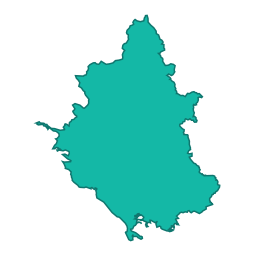 Ipeiroy, Ipeiros, Greece (Robinson projection)
{"feature_id": "26713481B784345685192", "entity_name": "Ipeiroy", "entity_type": "district", "adm_level": 2, "iso_a3": "GRC", "parent_name": "Greece", "parent_adm1": "Ipeiros", "projection": "robinson", "projection_center": [20.637, 39.661], "detail": "fine", "context": "isolated", "style": "filled", "palette": "teal", "viewbox_px": 256, "rotation_deg": 0, "n_neighbors": 0, "source": "geoboundaries", "source_scale": "gbopen_adm2", "svg_char_len": 5861}
<svg xmlns="http://www.w3.org/2000/svg" viewBox="0 0 256 256"><path d="M135.1,19.5L133.8,20.7L132.9,22.4L133.7,24.1L132.5,25.1L130.2,25.8L129.4,28.0L127.1,30.3L126.5,32.7L127.0,33.9L128.3,34.7L128.2,37.9L128.6,39.2L126.3,43.1L124.3,43.7L122.9,45.2L122.3,48.3L124.7,50.5L123.4,52.2L122.4,54.7L122.8,57.4L122.5,59.1L119.1,60.1L115.4,60.6L113.0,62.9L109.3,63.9L106.1,64.3L101.2,61.3L99.3,63.9L98.4,64.3L96.4,63.9L95.1,62.7L93.2,62.9L90.0,64.6L88.1,66.6L88.5,68.4L87.9,70.4L86.6,71.8L86.8,73.1L86.1,74.9L84.3,75.3L83.5,76.1L75.5,75.7L76.4,78.2L78.4,80.3L79.8,82.7L78.8,86.3L81.5,88.0L83.2,90.6L84.9,91.9L84.7,93.0L85.5,95.0L89.0,99.3L88.6,100.3L88.7,103.3L87.7,105.1L84.4,108.2L83.4,108.1L80.0,105.2L75.0,103.6L72.6,105.1L74.9,108.8L74.3,109.9L72.9,111.1L72.9,111.7L74.8,114.7L76.7,116.0L76.7,117.1L75.4,117.6L73.9,119.4L71.8,119.8L71.1,121.4L69.5,122.4L69.0,126.0L66.8,124.3L65.2,123.9L64.8,124.4L65.0,125.1L63.3,127.2L64.6,129.2L64.5,129.7L60.2,130.3L54.5,128.6L51.3,128.4L47.7,125.7L46.8,124.4L45.6,124.6L43.9,123.3L40.2,123.0L39.2,121.8L36.3,123.0L37.7,123.2L37.8,124.1L37.5,123.4L37.1,123.5L37.1,124.3L38.5,124.9L43.0,124.3L43.6,125.8L45.9,126.3L48.3,127.6L47.9,128.4L47.8,127.5L46.5,127.4L48.0,129.2L48.9,127.9L49.8,128.0L53.3,130.9L56.1,131.3L58.6,133.3L59.0,133.9L59.1,136.2L57.0,138.6L55.7,138.9L57.4,140.7L56.3,143.7L54.6,145.3L52.7,148.8L54.7,148.7L55.5,148.3L54.2,148.5L56.8,147.4L58.1,148.5L58.1,147.9L58.4,148.0L58.5,148.6L60.2,149.1L61.1,150.0L56.9,150.0L57.4,151.0L59.1,150.1L63.1,150.8L65.4,150.0L69.0,151.5L69.3,153.3L68.3,155.8L64.9,154.1L62.5,154.5L67.5,158.8L70.9,160.6L70.6,161.7L64.2,162.1L62.6,161.6L64.0,163.7L65.5,167.3L65.3,168.4L68.7,169.5L71.1,171.9L70.7,174.5L71.6,175.9L71.4,176.9L72.3,179.0L72.2,180.3L74.0,182.3L78.0,185.4L78.8,186.8L80.0,187.3L84.3,187.6L86.0,187.0L91.0,188.8L91.0,187.9L91.9,187.5L93.7,189.0L94.9,189.5L95.2,188.0L96.7,188.5L96.8,189.1L95.9,190.7L96.5,193.1L96.2,194.3L96.9,197.9L103.8,202.1L112.1,212.5L117.2,216.8L118.7,217.0L120.0,217.8L125.4,223.3L127.0,226.1L127.5,228.4L127.1,231.4L126.7,231.9L125.8,232.0L125.5,232.5L128.8,239.6L130.7,240.6L132.9,239.8L132.7,238.1L133.0,236.8L132.3,236.1L133.1,234.5L133.0,235.8L132.5,236.1L133.1,236.5L136.8,236.4L137.9,237.6L141.0,239.2L142.4,238.4L142.2,236.9L141.2,236.3L139.7,236.2L138.8,235.1L135.6,232.7L131.4,231.0L130.7,229.8L130.6,229.2L132.6,228.9L133.9,226.1L135.4,225.3L137.3,222.7L139.4,222.3L140.8,222.8L141.5,223.8L140.8,222.6L139.6,222.2L138.5,222.0L136.5,222.6L136.9,220.2L138.6,219.5L134.8,218.9L137.2,217.6L137.1,216.8L136.3,216.4L134.9,216.7L134.9,215.6L135.8,215.4L136.5,216.4L137.6,216.9L138.4,216.3L138.3,215.3L137.9,214.8L137.4,215.5L137.1,215.6L136.5,215.0L137.2,215.5L137.8,214.7L139.0,215.7L140.2,215.4L138.2,214.6L137.4,214.7L137.1,214.3L137.7,213.8L139.0,213.6L139.5,214.6L141.2,214.8L143.5,216.8L143.8,217.4L142.8,219.0L141.7,219.7L140.1,219.7L140.1,220.1L141.5,220.4L143.1,220.1L143.9,221.0L146.6,222.0L145.6,224.8L146.2,225.2L146.0,225.9L146.5,226.9L148.0,226.5L146.8,225.2L147.3,222.9L149.0,222.3L150.5,222.9L149.9,220.3L150.9,220.3L155.2,222.7L157.5,221.3L156.4,222.3L156.0,224.2L156.9,227.2L159.7,226.1L160.8,226.9L160.9,228.1L162.1,229.1L167.2,231.0L168.0,230.8L169.6,231.6L171.3,231.2L171.7,231.0L168.9,229.4L169.6,229.2L171.0,230.3L172.9,230.5L173.2,230.0L170.3,228.9L169.9,228.3L171.7,227.5L172.2,226.9L171.7,226.3L171.4,226.6L171.4,225.9L173.2,225.8L174.0,228.2L174.3,227.1L173.8,224.8L174.7,223.6L177.4,223.8L178.2,224.6L176.4,224.3L176.0,224.4L178.4,224.7L178.1,223.6L176.7,222.2L177.0,221.7L175.6,219.3L176.0,218.8L178.4,218.4L176.5,216.1L179.5,213.5L179.6,213.0L181.3,212.2L183.1,212.7L185.1,211.8L187.3,212.2L188.1,210.8L189.1,210.6L190.5,212.4L191.4,212.7L193.0,211.4L194.6,211.2L199.4,213.5L201.9,212.0L202.7,211.0L206.2,209.0L206.1,206.7L212.6,204.4L212.3,203.6L211.5,203.6L211.3,202.6L210.0,202.0L210.3,201.3L209.6,200.4L209.7,198.3L211.5,196.5L211.8,195.0L213.2,194.4L213.7,193.3L215.1,193.2L215.6,191.9L217.5,190.7L219.5,187.2L219.7,185.3L217.9,184.8L217.5,184.0L217.9,181.9L217.2,180.3L216.0,180.1L216.3,179.4L215.4,178.5L215.7,177.6L214.9,177.2L214.6,176.1L212.9,175.5L206.7,175.7L205.2,175.2L205.0,175.8L203.8,175.6L203.4,174.9L202.2,174.6L202.2,173.9L201.6,174.0L199.4,172.5L199.2,171.8L200.1,169.7L199.6,169.4L199.3,167.5L198.7,167.1L198.8,166.3L196.8,165.3L195.6,163.8L193.7,163.1L190.3,159.0L189.3,157.1L192.0,156.2L192.0,153.3L189.6,153.9L187.6,153.2L188.8,150.6L190.5,149.6L190.1,148.9L190.5,148.1L189.3,144.4L189.4,141.1L187.9,136.9L188.1,135.9L187.6,134.8L183.9,134.5L183.9,133.4L183.4,132.4L184.1,131.2L184.1,129.6L182.7,129.0L179.9,126.3L179.7,124.8L180.1,124.1L182.4,123.5L182.9,121.9L184.7,121.5L185.1,119.3L185.7,118.8L187.8,119.8L188.9,119.6L189.5,118.9L190.3,119.0L191.4,120.2L193.5,120.3L193.8,121.5L194.7,122.2L196.5,122.0L197.0,120.3L196.0,119.6L196.0,117.7L194.5,116.3L193.2,116.6L194.3,112.8L193.5,111.1L193.2,108.7L193.7,107.9L193.3,105.2L193.8,104.5L194.9,105.2L196.5,104.7L196.1,103.5L197.5,102.2L198.3,100.1L198.1,97.6L199.6,97.0L201.6,97.6L202.4,96.7L199.3,93.6L197.4,93.8L196.6,92.8L195.0,92.5L194.0,91.7L191.9,92.1L189.6,93.6L187.5,93.4L185.2,96.6L182.9,95.4L180.8,95.6L177.3,93.5L176.5,93.5L176.8,92.7L176.5,91.2L175.3,89.9L175.8,88.7L174.7,86.4L175.0,84.4L174.0,82.3L171.9,81.0L170.5,79.3L170.0,79.3L170.7,78.6L169.9,77.4L167.7,76.1L167.8,75.4L167.1,75.3L168.6,74.0L171.5,75.5L173.0,74.6L174.8,71.8L174.3,71.0L174.3,69.1L175.1,65.7L173.4,64.4L170.8,63.8L168.4,65.2L165.3,65.5L162.6,61.2L162.9,59.7L162.6,58.4L160.7,56.8L160.5,55.4L158.5,53.4L160.0,53.2L160.9,51.8L164.6,50.1L164.5,48.7L163.8,48.0L163.9,44.6L161.7,44.0L163.0,42.6L162.9,41.7L161.7,40.1L160.0,39.3L158.6,35.0L156.3,33.6L156.1,31.1L153.7,27.7L150.8,25.2L148.1,22.1L148.0,18.5L147.1,15.4L145.5,15.6L145.2,16.8L144.4,17.9L143.8,20.8L140.4,21.7L137.1,20.9L135.1,19.5Z" fill="#14b8a6" stroke="#0f766e" stroke-width="1.5"/></svg>